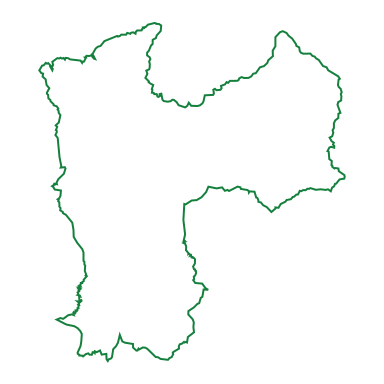 Belu, Nusa Tenggara Timur, Indonesia (Mercator projection)
{"feature_id": "22746128B36840991830224", "entity_name": "Belu", "entity_type": "district", "adm_level": 2, "iso_a3": "IDN", "parent_name": "Indonesia", "parent_adm1": "Nusa Tenggara Timur", "projection": "mercator", "projection_center": [124.962, -9.176], "detail": "fine", "context": "isolated", "style": "outline", "palette": "green", "viewbox_px": 384, "rotation_deg": 0, "n_neighbors": 0, "source": "geoboundaries", "source_scale": "gbopen_adm2", "svg_char_len": 5767}
<svg xmlns="http://www.w3.org/2000/svg" viewBox="0 0 384 384"><path d="M208.2,289.8L205.4,288.1L202.2,283.6L195.3,283.0L193.2,280.1L194.1,279.3L193.8,276.6L195.2,275.4L196.1,273.0L195.9,270.9L195.2,270.7L195.1,269.5L194.0,269.2L193.1,266.5L194.9,263.6L195.0,259.5L194.3,258.2L191.9,257.5L192.3,256.9L191.3,256.6L191.0,255.1L190.2,255.5L190.5,254.8L188.8,253.6L188.3,254.0L188.3,252.9L186.0,250.2L186.2,246.4L185.1,243.7L183.4,242.9L184.8,242.0L184.1,241.9L184.5,241.0L183.6,241.0L185.1,234.4L183.4,220.0L184.3,204.0L185.6,204.4L191.7,200.5L196.7,200.1L201.7,197.1L206.1,192.1L208.4,186.7L216.6,188.4L222.1,187.4L224.9,190.8L227.5,189.9L229.0,191.0L237.6,186.6L240.4,187.3L240.8,188.9L247.3,190.0L248.6,190.8L248.9,192.5L249.6,191.4L254.5,191.7L256.2,197.5L257.3,197.8L258.3,200.0L258.4,201.8L261.0,202.5L263.1,205.2L266.8,207.1L271.4,212.0L275.5,208.5L275.4,207.4L278.5,207.8L280.7,204.0L285.4,201.7L286.6,200.0L290.9,199.2L292.7,197.0L294.1,196.7L296.3,194.6L298.0,194.5L299.8,190.8L301.2,191.2L303.1,190.1L305.7,190.2L307.4,188.7L309.0,188.9L310.3,188.1L315.9,189.8L320.5,189.3L325.9,189.9L328.0,189.3L330.8,191.3L332.1,187.6L334.1,186.3L335.0,183.9L336.1,183.7L339.6,179.4L344.3,178.6L344.7,176.8L344.4,175.1L338.8,171.2L338.4,168.5L335.2,168.0L334.4,168.5L332.3,166.8L332.3,165.6L331.5,165.2L331.8,161.0L329.3,159.1L328.7,151.6L327.5,151.1L329.4,147.5L331.2,146.8L334.2,147.7L334.3,146.0L333.0,144.6L333.8,142.7L331.7,141.3L329.6,137.6L332.2,136.3L333.3,132.7L332.6,130.1L333.9,128.1L333.9,123.3L335.2,120.4L338.3,118.0L338.4,113.7L340.4,112.9L337.5,104.8L338.2,102.1L341.1,100.5L341.4,96.2L340.8,94.0L341.7,92.3L340.7,88.9L338.6,86.8L338.0,84.8L338.6,79.6L339.8,78.8L338.2,76.3L328.2,70.3L326.6,67.3L323.0,66.0L318.7,59.9L316.2,58.5L314.7,56.6L312.4,55.9L310.4,53.6L303.2,53.7L301.0,52.8L299.8,51.2L299.2,47.4L296.4,45.9L295.9,44.0L292.1,38.5L288.5,35.7L286.6,33.0L282.8,31.2L280.0,32.2L275.4,37.2L275.4,46.2L272.7,50.7L272.9,56.2L268.3,60.2L267.3,63.0L264.0,66.1L260.0,67.3L255.8,73.2L253.2,73.7L251.3,76.4L248.5,77.9L244.1,78.0L241.6,77.1L239.2,78.4L238.7,79.9L237.3,80.8L229.9,80.9L228.1,82.9L226.6,82.1L225.0,84.4L221.0,85.9L221.6,88.2L220.5,89.8L216.5,90.2L214.9,88.8L213.3,89.7L213.9,93.6L213.2,94.9L204.8,95.3L203.5,101.4L202.4,103.4L199.8,105.4L197.4,106.0L191.2,105.8L188.8,102.7L187.3,105.8L185.2,107.4L178.6,105.2L176.7,102.2L174.0,100.0L172.3,99.7L170.8,101.1L167.9,101.7L163.9,101.1L162.5,99.8L161.3,93.7L159.6,94.1L159.7,96.2L158.5,96.9L157.5,96.6L156.7,94.1L154.2,94.1L153.7,92.9L151.9,92.7L152.4,89.8L151.8,89.2L153.2,85.0L149.8,83.2L148.6,82.1L148.9,81.4L145.4,77.9L147.4,73.8L146.3,70.6L149.2,69.3L149.7,67.5L149.8,63.7L149.1,61.6L150.4,59.1L149.6,57.2L147.1,55.4L147.1,52.7L148.9,50.7L151.0,45.5L152.6,44.1L152.7,39.8L155.9,38.1L156.7,35.4L160.7,31.0L161.2,25.5L158.9,24.0L155.4,23.8L156.6,23.5L154.5,23.0L147.9,24.7L145.7,27.0L143.2,27.4L143.8,28.2L142.3,28.7L141.6,30.4L137.1,30.5L135.8,31.8L135.5,33.7L133.1,32.3L131.0,32.8L130.4,33.8L127.2,32.9L126.1,34.7L121.2,34.7L119.7,36.1L117.9,36.6L117.5,36.3L118.2,36.1L117.0,36.0L104.4,41.1L100.6,45.9L97.7,46.8L95.6,48.6L92.2,54.7L91.8,53.4L92.2,55.6L93.3,55.5L95.1,59.0L93.9,58.6L91.2,55.3L89.4,56.0L86.5,55.8L85.7,56.8L86.0,57.4L84.9,57.5L85.6,58.4L84.0,61.6L82.7,61.6L82.1,62.9L80.6,60.6L70.2,59.4L67.9,58.1L65.6,57.9L64.9,59.6L63.5,58.0L62.0,58.6L60.5,57.7L59.2,58.5L57.4,58.1L52.3,61.8L53.1,64.9L51.7,67.6L52.8,68.9L52.3,70.3L50.2,66.5L50.9,66.3L51.4,67.4L51.7,66.7L48.2,63.1L47.0,63.7L45.8,62.9L43.6,65.4L42.1,65.6L39.3,70.4L41.3,73.1L43.1,73.6L42.6,76.6L45.6,79.3L46.6,85.1L49.3,88.2L46.9,92.7L47.0,93.8L48.1,94.8L48.4,98.4L50.3,99.9L50.6,101.4L53.5,104.1L53.7,105.3L56.7,106.3L58.3,108.6L57.6,109.6L58.5,110.5L58.7,112.8L60.4,115.1L58.8,122.5L55.7,125.4L57.2,126.8L55.9,130.1L56.7,130.6L56.8,132.1L55.4,135.0L57.7,137.9L59.5,157.1L61.3,166.3L60.7,167.6L64.8,167.2L65.5,168.5L63.9,173.7L58.2,179.3L56.5,182.8L56.9,184.2L54.3,183.7L53.9,184.4L54.6,184.8L52.1,186.2L53.4,187.1L54.7,189.5L60.9,190.5L60.5,195.7L59.2,198.3L57.7,199.3L58.7,200.0L58.2,201.2L59.3,202.3L59.4,206.6L60.6,208.2L60.2,210.3L62.9,212.1L63.1,213.3L65.8,214.7L72.3,222.7L73.5,230.0L73.7,236.9L77.2,242.8L82.3,249.2L83.5,252.6L83.5,260.9L84.4,261.8L84.4,264.4L85.2,265.6L84.8,270.9L86.2,274.6L85.6,275.5L86.8,276.2L83.7,279.7L83.7,281.2L82.2,282.1L82.2,283.0L80.8,283.0L80.6,284.8L79.8,285.2L80.6,286.5L79.0,286.3L79.4,287.2L78.3,287.4L79.9,288.4L78.7,288.7L79.9,289.6L78.5,290.3L79.1,291.4L77.6,292.4L78.5,294.6L77.8,295.0L79.9,295.6L80.3,296.6L79.1,296.3L79.4,300.4L81.3,300.1L81.5,300.9L79.6,302.6L78.5,301.5L77.5,301.4L78.7,302.4L79.0,304.2L78.3,304.5L79.1,305.3L78.4,305.7L78.5,308.2L77.5,308.2L77.4,310.0L75.7,310.4L76.4,311.3L75.7,311.6L75.3,313.0L73.8,312.0L73.4,312.6L74.2,313.6L73.2,314.2L73.6,315.0L71.9,314.4L68.2,315.2L63.3,318.8L60.3,318.1L56.7,319.6L66.3,324.5L74.3,326.2L77.7,328.2L80.3,331.1L81.8,333.9L81.3,341.5L80.5,346.2L77.6,352.6L77.8,353.9L79.3,354.7L79.3,355.5L82.5,355.7L83.1,356.4L85.8,354.1L88.3,353.4L89.4,354.6L91.8,354.8L92.9,351.4L92.9,352.9L93.8,352.2L94.7,353.1L94.9,351.3L96.7,352.2L100.0,350.5L101.7,354.6L106.3,353.9L106.6,359.3L107.8,361.0L108.6,359.4L111.0,358.5L112.0,357.1L113.2,349.2L116.1,346.1L118.0,342.6L119.8,334.9L122.3,341.4L125.0,342.7L133.0,344.0L133.1,347.6L136.4,350.6L137.6,350.5L138.5,348.6L139.3,349.4L142.7,347.5L144.9,347.6L147.2,348.7L155.7,357.0L158.2,357.3L160.5,358.9L168.0,359.8L169.6,358.0L171.7,357.1L173.2,354.1L172.7,352.8L173.3,352.0L179.0,348.6L178.8,346.4L179.7,344.3L182.1,343.6L184.0,341.9L184.5,342.5L185.8,342.0L187.0,342.5L187.9,337.0L194.0,332.3L193.4,327.1L193.8,322.3L192.7,319.3L188.3,314.5L188.4,311.1L193.9,307.4L197.4,303.9L199.2,303.2L200.7,297.9L202.4,296.8L203.6,289.5L208.2,289.8Z" fill="none" stroke="#15803d" stroke-width="2"/></svg>